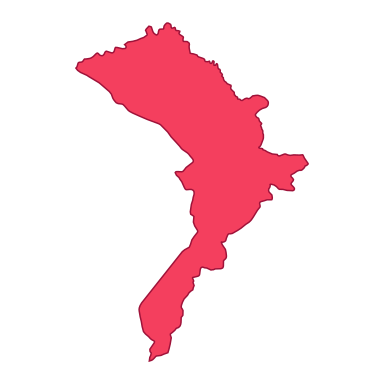 Yarula, La Paz, Honduras (Albers equal-area conic projection)
{"feature_id": "27666195B51928369453828", "entity_name": "Yarula", "entity_type": "district", "adm_level": 2, "iso_a3": "HND", "parent_name": "Honduras", "parent_adm1": "La Paz", "projection": "albers", "projection_center": [-88.087, 14.087], "detail": "fine", "context": "isolated", "style": "filled", "palette": "rose", "viewbox_px": 384, "rotation_deg": 0, "n_neighbors": 0, "source": "geoboundaries", "source_scale": "gbopen_adm2", "svg_char_len": 5910}
<svg xmlns="http://www.w3.org/2000/svg" viewBox="0 0 384 384"><path d="M84.6,59.0L84.2,59.3L82.8,61.3L82.3,61.7L81.5,62.1L79.2,62.3L78.6,62.6L78.1,63.1L77.0,66.8L75.9,68.1L77.6,70.3L80.5,72.4L86.9,75.3L88.5,76.4L99.0,82.7L100.6,84.0L109.4,91.6L111.4,94.2L112.8,98.1L113.7,99.7L115.1,101.5L116.3,102.8L118.2,103.6L121.7,104.0L122.9,104.4L124.4,105.8L128.3,110.4L129.8,111.5L132.6,113.0L139.3,116.0L147.2,119.4L158.7,123.7L160.5,124.7L167.7,132.0L171.1,136.8L179.5,146.0L181.4,148.5L182.5,149.5L187.4,152.9L188.7,154.1L190.2,156.1L192.2,158.4L192.9,159.4L193.3,160.4L193.3,161.4L192.7,162.4L186.1,167.5L184.1,170.1L182.9,171.4L181.7,171.8L178.1,171.6L176.7,171.6L175.7,171.9L175.2,172.6L176.5,175.3L179.1,177.6L179.6,178.7L181.8,181.8L184.4,187.6L185.3,189.1L186.0,189.6L186.8,189.7L190.0,189.4L191.6,189.5L193.0,190.2L193.9,191.3L194.1,192.7L194.1,194.2L193.2,197.4L192.7,200.3L191.4,204.3L190.3,211.8L190.7,214.2L193.3,215.9L193.9,216.5L193.4,222.1L194.7,225.9L197.5,230.4L197.7,231.3L197.5,232.3L194.2,236.5L191.9,239.9L190.5,244.4L189.3,247.2L184.8,249.7L182.3,251.7L141.6,303.0L140.1,305.6L139.3,307.9L139.1,309.3L139.2,310.9L140.2,316.8L141.3,321.4L142.2,326.7L143.5,331.6L145.5,334.0L148.6,336.6L150.4,338.6L151.6,339.6L153.8,340.8L154.3,341.2L154.5,341.7L154.2,342.9L149.9,349.2L150.0,351.2L150.4,352.0L151.0,352.6L151.2,353.4L150.7,355.5L149.8,357.4L149.3,361.0L151.3,360.4L152.5,359.8L153.9,358.5L155.6,356.6L156.4,356.0L161.0,355.4L163.9,354.1L167.9,352.7L169.0,349.0L170.2,343.9L171.2,338.1L171.2,337.5L170.4,335.2L170.3,334.1L170.8,333.6L172.3,332.5L174.8,330.3L176.3,328.3L178.1,327.7L179.1,327.0L180.1,325.9L180.7,324.3L181.0,322.6L181.2,317.4L182.8,315.4L182.9,314.6L183.0,310.6L182.3,309.1L181.5,307.9L181.2,306.9L181.5,305.0L182.6,301.9L184.1,298.9L187.5,295.3L188.9,292.9L190.7,291.2L192.8,289.8L193.3,287.6L194.1,285.6L193.1,282.7L193.1,282.0L193.6,281.3L193.6,280.6L192.6,278.3L192.5,277.9L192.7,277.5L198.0,276.2L199.0,275.6L199.5,274.8L199.7,273.8L200.2,269.8L200.5,268.6L201.1,267.7L201.9,267.2L202.7,267.1L204.7,267.8L206.7,268.0L211.0,270.0L211.9,269.8L213.4,269.7L215.3,268.9L220.9,268.7L222.0,268.3L222.7,267.9L223.1,267.2L223.4,266.1L223.5,260.9L224.0,260.2L225.6,258.7L226.1,257.9L226.4,256.9L226.4,255.4L226.0,252.2L225.4,249.4L222.3,244.8L221.4,242.6L221.4,242.1L221.7,242.0L222.7,242.2L223.5,242.0L224.6,241.6L225.5,240.9L225.9,240.1L226.4,238.1L227.3,235.9L227.8,234.8L228.3,234.1L228.9,233.8L230.5,233.8L232.4,233.4L237.8,230.3L241.0,228.2L245.8,224.3L248.9,222.3L250.3,221.0L251.4,219.8L253.3,217.0L257.4,210.3L260.0,207.0L260.1,206.0L259.6,203.5L259.7,202.7L260.0,202.2L261.1,201.6L264.7,200.6L267.0,199.8L271.2,199.8L271.9,199.6L272.2,198.7L272.3,197.6L271.9,195.0L269.2,192.2L268.8,191.4L268.6,190.6L268.8,188.8L269.7,187.5L270.0,186.6L270.2,185.5L270.1,184.5L270.3,184.3L271.6,184.3L274.1,185.0L276.5,186.6L278.5,188.8L279.4,189.3L283.0,189.4L287.0,190.4L292.7,190.7L293.8,190.3L294.4,189.3L294.4,188.3L293.5,187.0L291.4,184.8L291.0,183.9L291.4,182.9L293.1,180.8L293.5,179.7L292.7,178.3L291.1,176.7L290.9,175.9L291.0,175.1L292.0,174.3L294.0,173.3L297.3,171.0L299.4,170.3L301.1,170.3L302.2,169.8L303.9,168.2L304.7,167.0L305.2,165.9L306.5,165.5L307.4,164.8L308.0,164.2L308.1,163.5L304.4,158.1L303.0,155.1L302.6,154.8L299.4,155.1L293.8,154.9L290.1,155.4L287.7,154.9L285.8,154.1L284.9,154.0L284.0,154.2L279.7,155.9L278.8,155.9L277.7,155.4L277.3,154.5L272.3,154.0L267.3,151.9L265.3,150.6L262.9,149.7L262.7,149.5L262.7,148.9L262.5,148.7L261.8,148.5L259.9,148.3L259.0,147.9L258.8,147.5L259.0,147.1L260.2,146.2L261.0,144.8L263.0,139.5L263.4,138.0L263.4,134.7L262.8,133.1L262.8,130.9L262.4,130.0L261.7,129.1L261.7,128.2L260.6,125.6L260.7,125.2L261.6,123.8L261.6,123.4L259.5,121.2L258.7,118.6L258.0,117.9L256.9,117.4L256.1,116.5L255.5,115.5L255.4,114.7L255.7,114.1L257.1,112.3L259.5,110.1L262.3,108.5L265.8,107.4L267.2,106.3L268.0,105.0L268.3,103.5L268.3,102.1L267.6,100.7L264.5,97.6L260.6,96.1L258.7,95.5L257.8,95.3L255.9,95.4L252.7,95.9L249.9,98.3L248.5,98.7L247.0,98.2L246.2,98.3L245.0,98.7L242.1,100.5L240.9,100.3L239.9,99.3L238.9,99.1L237.9,99.1L237.5,98.4L237.6,97.5L237.4,97.2L236.8,96.7L235.7,96.4L235.1,95.3L234.4,94.8L234.2,92.3L232.0,90.2L230.8,88.8L230.7,87.6L231.1,86.2L230.9,85.3L227.2,83.7L226.0,82.2L224.7,81.3L224.0,80.4L223.4,78.8L223.3,77.6L222.4,76.8L221.8,76.0L221.9,75.6L222.4,75.0L222.2,74.3L221.5,73.3L220.6,72.6L220.2,72.0L220.3,70.6L220.0,69.7L219.6,69.2L218.6,69.0L218.3,68.6L217.9,67.4L217.5,64.5L217.2,64.0L216.8,63.7L216.5,63.7L216.1,64.2L215.6,65.2L214.1,65.3L213.8,63.4L214.1,61.9L213.9,61.4L213.5,61.0L213.0,60.9L212.6,61.1L212.1,62.5L211.6,63.3L211.2,63.4L210.6,63.4L210.0,62.9L209.8,61.9L209.3,61.2L208.3,61.6L207.1,61.7L205.4,61.5L204.7,60.6L204.6,59.5L204.0,58.9L202.8,58.3L198.6,56.9L197.7,56.4L197.3,55.4L196.9,55.0L193.5,53.9L191.1,53.5L190.2,53.2L189.2,48.2L189.1,45.9L189.4,44.7L189.2,43.3L188.7,42.7L187.2,41.6L183.5,41.4L183.1,40.9L183.0,39.9L183.1,38.3L183.4,37.8L183.1,36.7L179.6,34.4L179.0,33.4L179.1,32.8L179.8,31.9L179.8,31.2L178.3,30.7L176.2,30.5L175.5,29.7L175.3,28.0L174.6,27.4L172.7,28.1L171.8,28.1L171.2,27.4L171.0,25.5L170.6,24.4L169.3,23.6L168.0,23.0L166.7,23.1L165.3,24.3L164.1,26.0L163.8,27.5L163.7,28.5L163.3,29.0L159.8,29.2L158.9,30.0L158.4,31.9L158.2,33.5L157.2,34.7L156.4,35.0L155.5,34.5L153.9,33.3L152.8,31.5L151.4,27.1L150.9,26.7L148.9,26.2L146.3,29.0L145.6,30.2L145.6,30.6L146.1,31.3L146.7,33.2L147.2,34.1L147.1,34.8L146.8,35.3L143.7,37.5L140.8,38.5L137.1,40.2L132.9,41.3L128.0,42.0L124.6,44.6L125.7,45.6L126.2,47.0L125.9,47.8L125.1,48.5L122.4,48.7L117.2,47.5L115.6,47.4L115.1,48.0L114.1,51.5L113.4,52.3L112.7,52.8L112.0,52.9L111.0,52.7L107.1,51.4L106.2,51.2L105.6,51.6L105.0,52.2L104.1,54.2L103.5,54.9L102.8,55.5L102.0,55.7L101.1,55.6L100.0,55.2L99.4,54.8L98.4,53.6L97.5,53.1L97.1,53.1L96.0,53.8L93.3,56.5L91.4,57.8L89.9,58.4L87.5,58.8L86.0,59.0L84.6,59.0Z" fill="#f43f5e" stroke="#9f1239" stroke-width="1.5"/></svg>